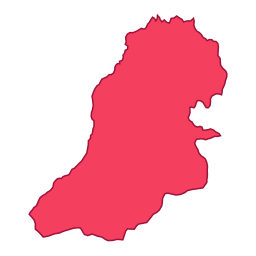 the district of Cordeiros, Bahia, Brazil
{"feature_id": "56859067B54638855899687", "entity_name": "Cordeiros", "entity_type": "district", "adm_level": 2, "iso_a3": "BRA", "parent_name": "Brazil", "parent_adm1": "Bahia", "projection": "robinson", "projection_center": [-41.901, -15.032], "detail": "fine", "context": "isolated", "style": "filled", "palette": "rose", "viewbox_px": 256, "rotation_deg": 0, "n_neighbors": 0, "source": "geoboundaries", "source_scale": "gbopen_adm2", "svg_char_len": 2948}
<svg xmlns="http://www.w3.org/2000/svg" viewBox="0 0 256 256"><path d="M43.2,237.0L48.0,236.2L54.5,233.8L59.4,233.0L61.9,231.9L64.2,231.0L73.5,228.2L78.3,227.7L80.5,228.1L84.4,234.4L87.7,235.5L92.3,234.1L97.7,236.2L102.0,237.1L105.2,239.3L108.0,240.6L112.6,240.4L117.3,239.3L122.8,239.8L125.8,230.8L127.5,228.9L134.3,229.2L136.5,225.9L138.5,224.1L146.7,222.5L150.5,217.9L153.2,214.3L156.6,212.5L159.3,210.1L161.7,205.9L162.2,203.4L162.6,198.3L164.8,193.8L167.7,193.1L175.9,195.0L180.7,194.4L185.0,192.5L187.6,190.5L192.0,189.5L202.9,187.9L206.8,182.5L206.9,179.1L207.3,176.8L207.4,173.9L207.2,170.3L207.5,166.3L206.8,162.7L205.4,159.1L203.4,157.3L201.2,155.9L198.9,153.0L197.8,149.6L196.5,147.4L195.3,145.1L194.7,142.9L196.4,139.3L200.6,138.8L203.4,139.0L205.5,139.7L207.9,138.9L210.1,138.3L212.1,137.5L214.9,136.3L217.4,136.4L220.5,135.7L219.3,133.9L217.5,132.7L215.6,131.9L213.9,130.3L210.6,128.9L208.1,129.7L205.0,130.2L203.0,130.2L202.0,127.2L200.0,126.4L197.8,127.1L195.3,126.3L193.7,124.7L192.0,122.0L189.3,120.3L188.2,117.6L189.3,115.1L190.0,112.9L189.9,110.3L189.8,107.6L191.7,107.0L193.9,107.9L195.4,105.9L196.2,102.7L197.4,100.6L200.6,100.7L203.1,102.5L204.2,104.4L206.1,107.6L208.2,107.8L210.0,105.6L210.5,102.2L210.4,99.0L211.6,96.3L214.1,94.8L216.2,93.8L219.2,94.0L221.6,94.8L222.1,91.7L222.3,89.4L223.7,86.4L224.8,83.8L225.3,81.1L226.1,78.8L226.8,76.4L226.8,73.4L225.5,70.7L222.6,68.2L220.6,65.1L220.1,58.6L217.9,55.5L218.1,51.3L218.4,46.8L217.8,43.5L216.0,41.5L213.4,41.3L211.8,39.7L209.3,39.6L207.1,40.7L205.6,38.7L203.1,37.5L201.5,34.9L199.4,32.6L196.7,31.1L194.5,27.6L193.8,24.5L194.2,21.4L193.5,18.3L190.6,21.0L187.4,20.9L183.6,21.9L181.9,19.3L179.5,18.0L176.6,16.0L173.9,18.1L171.2,18.3L169.5,23.0L166.8,22.4L164.3,19.9L161.9,21.9L160.3,19.9L159.5,17.6L157.5,15.4L157.2,18.8L155.8,20.8L154.5,18.4L152.5,17.2L150.5,20.2L149.4,22.3L147.6,24.2L146.6,26.8L145.1,28.8L143.1,29.0L141.3,28.3L139.1,29.7L136.1,31.5L132.8,32.7L129.8,32.6L127.1,34.4L125.7,37.4L126.2,42.0L125.3,44.3L127.9,46.2L127.5,49.1L125.1,50.4L124.6,53.2L123.0,55.2L123.3,57.7L122.0,60.6L119.5,61.3L119.8,63.7L117.5,63.6L115.9,65.2L114.9,67.2L114.8,70.2L113.4,73.1L111.5,74.5L109.1,74.7L107.1,76.8L104.7,77.9L102.0,79.1L100.9,80.9L99.1,84.5L97.1,85.7L95.2,88.4L93.7,91.5L92.9,93.9L92.0,96.2L92.6,99.6L92.9,102.5L93.3,105.0L92.6,109.4L91.5,112.6L91.2,116.2L91.9,118.8L94.0,121.0L94.0,123.8L94.0,126.6L93.1,128.6L92.7,131.3L92.2,134.0L90.6,135.4L90.4,138.6L88.4,140.7L88.3,144.8L87.4,149.6L86.8,153.1L85.0,155.8L83.1,158.8L81.3,161.5L79.3,163.2L76.9,165.8L74.3,168.3L71.9,169.4L70.6,172.0L68.7,175.0L65.7,175.6L63.1,176.6L61.5,178.4L59.1,178.3L57.3,178.8L55.4,180.7L53.7,183.0L53.0,187.1L50.3,190.5L47.6,192.1L45.6,193.9L42.9,195.5L40.2,197.5L38.8,200.3L37.7,202.9L36.4,205.8L33.8,207.7L32.5,209.7L30.6,211.9L29.2,214.2L31.6,216.9L34.0,219.8L35.4,223.7L35.3,226.6L35.4,229.3L38.2,231.5L40.5,233.9L43.2,237.0Z" fill="#f43f5e" stroke="#9f1239" stroke-width="1.5"/></svg>